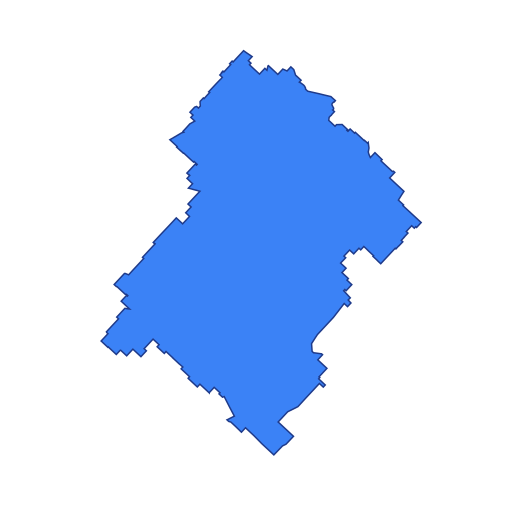 the district of Dumbleyung, Western Australia, Australia, rotated 133°
{"feature_id": "25037944B51137520992535", "entity_name": "Dumbleyung", "entity_type": "district", "adm_level": 2, "iso_a3": "AUS", "parent_name": "Australia", "parent_adm1": "Western Australia", "projection": "natural_earth1", "projection_center": [117.914, -33.218], "detail": "fine", "context": "isolated", "style": "filled", "palette": "blue", "viewbox_px": 512, "rotation_deg": 133, "n_neighbors": 0, "source": "geoboundaries", "source_scale": "gbopen_adm2", "svg_char_len": 4564}
<svg xmlns="http://www.w3.org/2000/svg" viewBox="0 0 512 512"><g transform="rotate(133 256 256)"><path d="M118.9,158.0L118.9,163.7L119.0,182.9L118.0,182.9L118.0,188.4L118.0,188.5L118.0,190.0L111.9,191.2L107.8,191.9L107.8,197.3L107.8,201.8L107.8,210.8L107.8,211.5L105.2,211.5L100.2,211.5L100.2,213.3L101.2,213.8L101.2,225.2L101.2,226.2L101.2,229.5L99.5,229.5L99.3,239.5L106.0,239.5L105.3,241.2L104.5,243.0L103.3,244.9L103.2,244.9L100.0,247.0L96.4,251.4L97.4,251.4L97.4,255.6L97.8,255.6L97.8,257.4L97.8,267.7L98.9,267.7L98.9,273.8L102.1,273.8L102.1,275.3L101.1,275.3L101.1,282.7L105.0,286.7L107.2,286.7L107.2,286.8L107.2,295.3L104.7,297.1L102.8,297.1L101.8,296.9L101.1,297.0L100.5,297.1L96.9,297.1L96.9,299.3L96.9,299.5L96.6,299.4L96.4,299.4L96.2,299.4L95.9,299.4L95.7,299.5L95.4,299.7L95.2,299.8L95.1,300.0L94.9,300.1L94.8,300.3L94.8,300.5L93.8,303.2L93.7,303.4L93.6,303.5L93.4,303.8L93.1,304.0L92.9,304.1L92.4,304.3L92.2,304.3L91.8,304.3L91.6,304.3L90.7,304.2L90.4,304.2L90.1,304.1L90.0,303.8L88.2,303.9L88.3,307.4L88.3,309.1L88.3,309.4L88.3,309.9L92.0,316.4L94.4,320.7L99.1,328.7L99.4,329.2L100.2,330.6L100.2,333.5L99.5,334.2L98.7,336.1L98.5,337.7L98.8,340.7L99.3,342.9L96.7,342.9L96.7,349.0L96.8,349.0L96.8,350.3L93.9,355.5L93.9,359.5L99.5,359.5L101.0,363.9L102.4,363.9L108.3,363.9L108.3,377.4L108.4,377.1L109.5,376.5L112.7,374.7L112.7,377.5L120.6,377.5L120.6,391.2L118.4,391.2L118.4,394.8L112.8,394.8L113.9,402.0L114.3,405.1L121.2,405.1L124.6,405.1L124.8,405.1L129.7,405.1L129.7,406.4L132.3,406.4L133.4,406.4L133.3,405.0L138.3,405.0L143.3,405.0L143.3,406.3L145.3,406.3L145.3,405.9L148.3,405.9L148.3,402.5L150.2,402.4L151.3,402.5L157.0,402.6L158.5,402.6L168.2,402.6L168.0,401.4L172.3,401.4L176.3,401.3L176.3,402.3L181.5,402.3L181.3,402.2L184.3,399.0L184.5,399.0L187.1,399.0L187.1,401.4L189.0,402.4L195.9,402.4L195.9,398.2L197.4,398.2L199.1,398.2L199.1,392.8L204.5,394.5L210.5,394.4L214.7,394.4L214.7,393.2L216.7,394.4L219.4,395.2L229.7,398.3L229.7,388.3L230.5,388.3L230.5,383.2L230.4,383.2L230.4,379.2L230.0,379.0L230.0,368.9L229.9,365.7L229.1,365.7L229.1,361.5L230.1,361.5L230.1,363.1L234.9,363.1L242.5,363.1L242.5,360.4L242.2,360.4L242.2,359.4L244.2,359.4L246.3,359.4L246.4,353.9L246.4,351.7L252.5,351.7L246.9,341.2L253.3,341.2L255.8,341.2L262.3,341.2L264.4,341.2L264.4,336.9L266.9,336.9L272.3,336.9L272.4,331.6L282.5,331.6L282.5,340.3L293.6,340.3L305.8,340.4L316.2,340.4L316.2,339.2L315.9,338.7L315.9,338.1L325.3,338.1L334.4,338.1L334.4,336.4L341.0,336.4L350.0,336.4L356.6,336.3L358.0,339.8L358.5,340.3L365.3,340.3L373.6,340.3L373.6,337.3L373.2,336.5L373.2,325.5L372.4,324.7L372.4,322.7L373.1,322.7L373.1,323.8L381.0,323.8L381.0,312.3L382.4,314.2L383.7,316.2L384.0,316.2L395.7,316.2L395.7,313.7L401.5,313.7L413.5,313.7L413.7,313.0L413.8,312.2L413.8,311.3L423.8,311.3L423.8,302.1L423.3,302.1L423.3,291.0L417.2,291.0L417.3,291.0L417.2,290.9L417.2,282.5L413.3,282.5L408.1,282.5L408.1,271.5L400.1,271.5L400.1,273.0L400.1,274.6L394.7,274.6L387.0,274.6L387.0,266.4L389.6,266.4L389.8,266.4L389.8,264.3L389.8,256.6L388.7,256.6L387.2,256.7L387.2,247.3L387.3,247.3L387.3,247.2L387.3,238.3L387.2,237.7L387.2,237.3L387.2,237.2L387.1,233.8L389.6,233.8L389.6,233.7L389.6,222.6L389.6,222.3L391.2,222.3L391.2,222.1L391.8,222.1L391.8,209.6L388.0,209.6L388.0,197.2L388.0,196.9L387.9,197.0L380.6,197.0L380.6,195.9L380.6,195.6L380.6,195.4L380.6,189.0L382.1,189.0L382.1,184.2L380.5,183.4L384.7,171.8L387.9,162.6L395.6,165.5L395.6,163.1L394.6,161.2L394.6,154.7L394.8,146.5L388.8,146.5L388.8,135.1L389.3,123.9L389.3,107.3L376.8,107.1L373.2,105.7L362.3,105.6L362.3,126.6L355.3,126.6L348.3,126.6L337.6,122.6L325.6,122.7L306.0,122.7L306.0,117.4L303.1,117.4L303.1,126.4L301.4,126.4L301.4,127.5L299.6,127.5L289.8,127.5L289.8,132.5L289.8,140.0L289.7,140.0L282.8,140.0L282.8,141.3L287.4,147.8L287.5,147.9L287.5,149.9L282.2,155.6L276.3,156.7L271.6,157.5L263.7,157.5L256.4,157.5L248.2,157.5L233.0,158.9L230.6,159.1L230.6,154.5L225.6,154.5L225.3,158.6L222.3,158.5L221.6,168.2L219.9,168.2L219.9,166.4L215.4,166.4L211.6,166.4L211.6,168.8L211.6,173.0L209.5,173.1L209.5,181.8L203.5,181.8L203.5,189.3L202.5,189.3L196.1,189.2L196.1,191.6L187.8,191.6L187.8,186.0L187.7,186.0L180.1,186.0L180.1,183.6L175.5,183.6L175.5,180.0L175.6,177.0L175.6,171.0L175.6,170.2L176.5,170.2L176.5,165.2L176.6,162.8L176.6,160.8L176.6,159.5L170.4,159.5L166.2,159.5L159.0,159.5L155.4,159.5L155.4,158.5L151.5,158.5L151.4,158.4L145.5,158.3L145.5,160.4L141.2,160.4L141.2,160.5L135.6,160.5L135.6,162.8L127.7,162.8L127.7,159.2L125.6,159.2L125.6,158.0L118.9,158.0Z" fill="#3b82f6" stroke="#1e3a8a" stroke-width="1.5"/></g></svg>